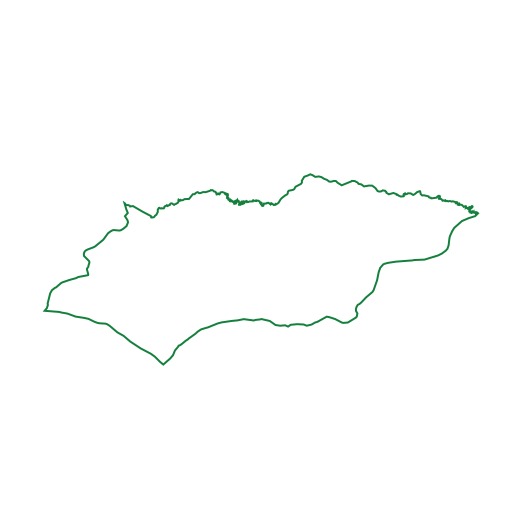 outline of Nambak, Louangphrabang, Laos, rotated 45°
{"feature_id": "54806243B57265531802207", "entity_name": "Nambak", "entity_type": "district", "adm_level": 2, "iso_a3": "LAO", "parent_name": "Laos", "parent_adm1": "Louangphrabang", "projection": "albers", "projection_center": [102.383, 20.596], "detail": "fine", "context": "isolated", "style": "outline", "palette": "green", "viewbox_px": 512, "rotation_deg": 45, "n_neighbors": 0, "source": "geoboundaries", "source_scale": "gbopen_adm2", "svg_char_len": 6066}
<svg xmlns="http://www.w3.org/2000/svg" viewBox="0 0 512 512"><g transform="rotate(45 256 256)"><path d="M270.7,135.7L266.6,145.4L261.9,146.5L259.5,146.5L257.9,147.9L256.7,150.2L255.2,151.6L252.4,152.0L249.4,153.3L246.6,153.9L244.3,155.2L241.9,158.2L238.7,158.9L236.6,159.9L235.8,162.3L234.1,165.8L235.2,170.4L236.3,171.3L236.7,172.2L236.8,173.2L235.1,178.7L235.1,179.7L235.7,181.4L235.6,182.6L234.7,184.2L233.1,186.5L233.0,187.2L233.2,188.1L234.2,189.3L234.4,190.5L233.8,192.5L233.3,196.5L233.3,198.4L234.3,202.5L234.2,203.3L233.7,205.4L233.6,205.7L233.0,205.6L233.1,206.7L232.5,207.4L230.8,207.5L230.5,208.0L229.6,207.8L229.0,208.6L229.5,209.3L227.2,209.6L226.3,210.6L226.4,211.1L225.9,212.0L225.2,212.5L225.0,213.3L224.3,213.7L225.6,215.1L225.6,215.6L224.9,216.2L223.9,215.8L223.1,216.0L222.3,214.7L221.6,214.7L221.3,215.5L219.8,214.9L218.2,215.4L217.7,216.3L216.9,216.5L217.2,217.1L215.7,218.2L214.6,218.5L214.5,218.9L215.1,219.7L212.8,222.1L212.5,223.1L212.1,223.4L211.6,224.2L211.0,223.7L210.2,223.9L210.2,225.2L208.9,225.9L209.3,226.4L208.2,226.6L208.0,227.3L207.3,227.7L207.4,228.2L207.8,228.2L208.6,227.7L209.4,227.7L209.9,226.9L210.3,227.1L209.7,228.8L208.7,229.9L208.8,230.8L207.8,231.8L207.4,231.5L207.2,230.0L206.6,229.7L206.0,230.0L204.8,229.3L204.5,229.4L204.3,230.0L203.0,229.5L203.1,229.9L204.5,230.7L204.3,231.0L203.2,230.5L203.2,231.2L202.6,231.8L203.4,232.3L203.1,232.8L203.3,232.9L204.1,232.3L204.6,232.5L204.7,233.1L203.7,234.5L203.2,234.3L202.3,232.8L202.1,233.8L201.9,233.9L201.7,233.5L201.0,233.7L201.0,234.3L200.8,234.4L199.9,234.1L199.5,234.9L199.0,234.2L198.5,234.2L198.8,234.9L198.5,235.5L197.6,234.7L196.9,234.8L197.0,235.6L196.7,235.7L196.3,235.4L194.4,235.5L194.1,234.9L194.5,234.3L193.2,234.1L192.8,233.5L193.4,233.3L193.2,232.8L192.2,232.2L191.8,232.4L191.8,233.1L191.2,232.8L190.6,233.1L191.3,233.7L191.2,233.9L190.6,234.0L190.1,233.5L189.9,233.8L189.2,233.5L187.0,234.6L185.9,236.2L186.5,237.4L186.4,238.4L185.2,238.4L184.9,238.7L185.2,239.4L184.6,240.3L182.7,239.4L181.9,239.3L180.8,240.0L179.5,240.0L178.6,240.3L178.3,240.9L177.5,241.2L177.3,242.5L175.3,246.4L173.4,248.2L172.2,250.8L171.3,251.8L169.9,252.0L169.4,252.3L168.8,254.3L168.9,255.2L168.7,255.9L167.7,256.9L167.7,257.6L168.3,263.0L165.2,266.4L164.9,268.0L164.0,269.3L162.9,269.7L163.1,270.6L161.4,270.9L161.7,271.5L162.7,272.1L163.1,274.0L162.6,275.2L162.6,275.8L162.1,276.7L161.9,277.8L159.5,278.2L158.7,278.9L158.5,279.8L159.0,281.0L158.5,281.6L158.2,283.1L157.1,283.1L157.2,283.8L156.5,284.7L156.5,286.2L157.0,286.7L157.1,287.4L156.6,288.2L155.3,289.1L155.3,289.5L154.4,290.2L153.5,290.3L153.3,290.7L153.8,292.7L155.4,294.3L156.4,297.4L156.1,299.0L156.4,300.2L156.3,300.9L155.1,302.5L154.6,302.8L154.1,302.2L153.3,302.1L144.7,304.8L133.7,307.7L132.0,310.0L131.3,309.7L129.6,310.4L128.1,311.9L126.2,311.5L125.6,311.6L131.3,314.7L134.9,316.2L135.2,320.5L139.9,321.6L141.7,322.7L143.3,326.4L142.9,330.6L142.2,333.4L141.5,334.5L137.0,338.3L136.3,339.4L135.6,342.1L135.3,344.6L136.5,352.4L135.5,362.7L135.0,364.6L132.4,370.3L131.7,372.5L131.7,373.8L132.1,375.1L132.8,376.3L134.4,377.6L141.4,377.6L142.1,377.8L143.1,378.8L144.0,380.7L145.1,382.3L145.4,384.2L145.7,384.9L149.4,387.0L150.5,387.7L150.8,388.3L145.2,396.5L144.4,398.9L141.0,404.9L137.8,411.4L137.3,412.9L136.8,419.7L136.3,420.8L135.9,424.6L136.9,428.0L142.4,437.1L143.5,437.8L145.0,440.8L145.3,444.2L156.4,434.7L158.5,433.5L163.3,430.1L171.3,426.4L178.1,421.4L182.0,418.9L188.1,416.8L190.8,415.6L192.6,414.5L197.6,410.1L199.3,409.4L202.2,408.8L212.0,408.0L218.8,406.1L227.6,405.4L239.8,402.9L250.7,399.5L255.6,398.7L263.0,398.7L267.2,398.3L267.8,389.3L267.5,384.9L265.5,380.1L265.1,375.3L264.7,374.1L265.4,372.8L265.8,370.3L266.3,365.1L266.8,363.3L266.8,361.9L268.1,354.1L268.3,350.5L269.0,347.0L269.7,345.5L272.6,340.2L276.5,331.0L278.6,327.3L284.9,318.9L288.6,314.4L292.0,309.3L300.1,303.1L300.8,301.6L303.4,298.4L304.5,296.7L311.7,292.2L318.6,291.0L322.4,288.2L325.6,284.4L328.6,283.2L329.2,280.1L333.3,275.1L338.2,270.7L341.2,269.4L343.8,265.1L344.8,261.3L346.0,259.1L348.9,248.9L350.9,247.5L356.6,244.6L363.9,242.3L365.0,241.6L368.0,238.1L370.2,228.9L370.1,227.6L368.3,224.9L365.7,224.2L364.2,222.9L363.1,220.9L362.5,218.6L363.1,216.8L363.3,214.8L363.1,207.1L363.8,199.2L363.4,197.2L358.8,187.6L354.2,180.7L352.2,176.5L351.9,172.1L352.4,170.6L354.2,167.5L358.9,161.1L369.9,148.3L370.8,146.9L377.7,139.4L384.3,127.0L385.7,122.9L386.4,118.2L386.3,115.6L384.6,112.2L380.1,106.5L379.1,104.8L377.2,99.8L376.3,95.9L376.9,85.7L379.6,78.9L382.8,72.8L382.8,68.8L381.5,68.9L380.9,69.2L381.0,70.1L380.5,69.7L380.2,69.8L379.9,70.8L379.4,70.7L379.4,71.2L379.0,71.2L378.4,70.7L378.4,71.3L377.3,71.4L377.1,71.7L377.2,72.2L378.1,72.7L378.2,73.1L376.6,73.8L376.3,73.6L376.3,72.7L375.9,72.8L375.2,73.6L374.7,73.1L374.3,71.2L374.5,68.5L374.3,68.0L373.8,67.8L373.4,68.0L373.1,70.1L372.3,70.4L372.2,71.6L373.0,72.3L372.8,72.7L372.3,72.9L371.3,72.6L370.9,72.8L370.5,73.7L370.0,72.8L369.1,72.4L368.6,73.1L368.3,74.3L365.6,74.3L364.8,74.7L364.2,75.1L363.7,76.3L362.8,76.8L362.7,76.2L363.1,75.7L362.9,75.4L362.4,75.2L362.1,75.7L362.0,76.6L360.7,76.7L360.3,77.3L359.9,77.3L359.9,76.9L360.4,76.0L360.2,75.8L359.9,75.9L359.1,76.7L356.4,78.2L355.8,79.3L354.7,79.7L353.8,80.5L353.3,81.5L352.1,81.9L351.5,83.0L351.1,83.1L350.5,82.8L350.1,83.8L349.5,83.8L348.8,85.0L347.5,84.7L346.6,84.8L344.9,86.2L344.4,85.9L344.5,84.4L343.8,83.7L342.8,84.0L342.2,85.4L342.4,87.1L339.4,91.1L338.9,91.4L338.3,91.2L337.3,92.1L336.4,92.1L335.9,91.8L332.0,94.2L330.6,95.7L328.6,95.7L326.3,94.2L325.9,94.4L324.7,97.1L324.6,99.4L324.1,101.5L323.7,101.8L321.2,102.3L319.1,104.2L318.9,105.4L318.1,106.8L317.1,106.4L317.0,107.3L316.7,107.7L316.8,108.1L318.2,109.2L318.1,109.5L316.3,111.6L314.1,112.5L313.6,112.4L312.3,113.2L312.0,112.8L311.4,113.0L308.6,114.3L306.3,118.4L303.5,119.1L302.6,118.5L301.8,118.8L301.1,118.6L299.2,120.0L298.9,121.6L298.2,122.6L297.5,123.4L296.0,124.1L292.4,123.5L288.4,124.1L286.0,126.4L283.2,130.4L279.8,130.9L277.5,132.5L276.1,132.2L272.8,133.2L270.7,135.1L270.7,135.7Z" fill="none" stroke="#15803d" stroke-width="2"/></g></svg>